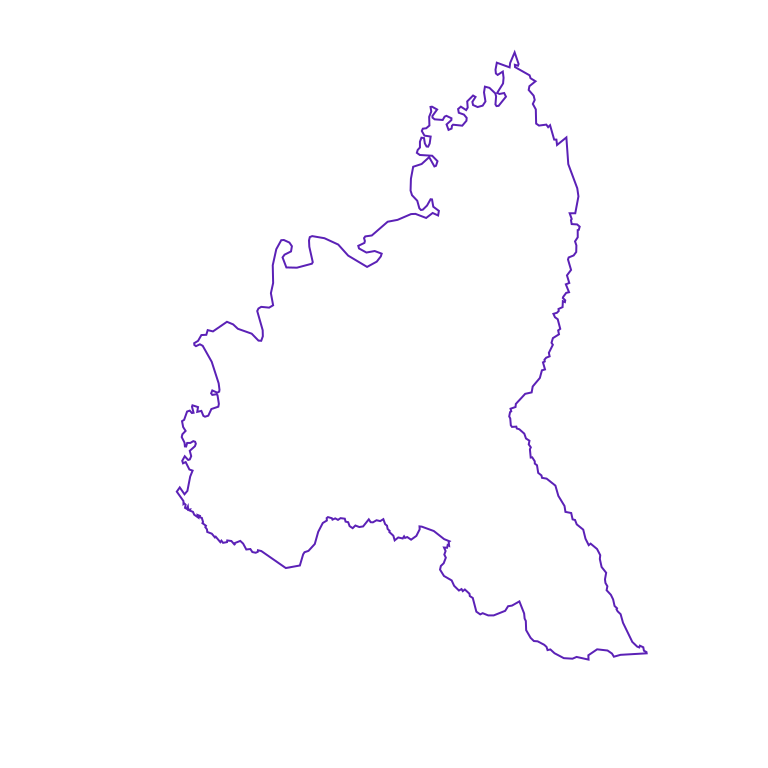 the district of Chonnabot, Khon Kaen, Thailand, rotated 351°
{"feature_id": "78962969B78938265467215", "entity_name": "Chonnabot", "entity_type": "district", "adm_level": 2, "iso_a3": "THA", "parent_name": "Thailand", "parent_adm1": "Khon Kaen", "projection": "equal_earth", "projection_center": [102.548, 16.027], "detail": "fine", "context": "isolated", "style": "outline", "palette": "violet", "viewbox_px": 768, "rotation_deg": 351, "n_neighbors": 0, "source": "geoboundaries", "source_scale": "gbopen_adm2", "svg_char_len": 6154}
<svg xmlns="http://www.w3.org/2000/svg" viewBox="0 0 768 768"><g transform="rotate(351 384 384)"><path d="M576.1,101.9L563.0,91.5L563.2,89.2L566.1,90.6L567.0,89.0L564.9,76.9L558.8,86.7L557.6,90.9L545.7,84.3L543.3,91.0L543.1,94.8L544.6,96.5L550.2,94.0L550.0,100.3L548.6,105.8L541.3,114.2L543.4,115.6L548.2,115.4L549.4,119.3L540.7,127.2L538.6,127.1L537.8,125.3L539.7,117.5L539.4,114.4L534.5,108.0L530.2,106.1L528.4,111.6L528.4,120.8L525.0,124.5L519.8,125.1L515.6,122.4L515.4,119.2L519.3,114.8L517.1,113.0L510.4,117.9L509.9,124.1L508.0,126.3L503.3,122.1L500.2,124.0L500.3,127.8L505.1,130.4L507.3,134.1L506.6,136.9L501.7,141.1L492.8,138.7L491.5,139.6L490.7,142.3L487.5,143.1L486.4,137.4L491.8,133.9L492.2,132.1L487.6,128.9L485.7,129.4L483.3,132.4L475.4,130.5L473.6,128.5L473.7,126.9L479.4,121.2L474.8,117.6L473.3,117.6L473.3,122.3L470.4,127.2L469.3,135.8L465.7,138.0L462.3,137.9L460.9,140.0L462.8,145.0L468.8,146.9L466.7,153.7L464.7,156.5L463.2,156.1L462.0,152.8L462.0,147.4L459.5,146.6L457.4,150.3L456.5,156.0L453.9,158.1L452.6,160.8L455.2,163.4L467.3,166.1L471.7,172.3L469.5,176.6L467.8,177.0L464.1,167.0L455.6,172.6L446.8,174.0L442.7,185.5L440.5,197.1L441.2,201.9L445.5,208.2L446.4,216.0L447.7,217.9L449.6,217.9L454.4,214.5L458.9,208.8L460.3,209.2L460.4,216.6L465.3,221.6L463.8,226.0L458.8,222.7L451.6,226.6L441.7,220.9L437.3,220.4L423.1,224.0L413.0,224.3L395.2,235.4L388.6,235.3L387.1,236.8L387.5,239.8L386.7,241.6L380.2,243.5L380.5,246.2L387.2,251.4L395.6,251.2L402.1,254.9L400.8,257.5L396.0,262.0L385.6,265.7L368.7,251.6L360.6,239.1L348.0,230.7L336.2,226.7L333.7,227.3L332.4,230.4L331.7,236.8L332.7,252.5L331.6,253.9L316.2,255.5L305.8,253.6L303.6,243.1L306.0,240.7L312.9,238.5L314.6,233.5L312.7,229.5L307.6,226.1L305.0,225.9L298.7,234.0L292.7,249.3L290.3,266.9L286.5,276.6L286.8,288.9L282.5,290.6L274.8,288.6L271.8,289.8L270.2,292.1L272.6,311.9L271.8,317.9L269.5,322.1L266.8,321.5L261.2,313.6L248.3,306.6L244.3,301.5L238.6,298.0L223.3,305.3L218.3,303.2L216.2,307.6L211.3,307.1L207.1,312.3L202.9,314.0L202.8,315.8L204.2,317.2L208.4,316.0L210.9,317.9L217.3,335.1L220.8,357.5L220.6,364.0L220.0,365.8L218.0,366.5L213.4,363.5L211.8,366.2L212.7,367.9L216.9,367.9L217.8,369.0L217.8,377.8L216.8,380.5L209.6,381.7L205.5,387.8L202.1,388.3L200.6,387.2L199.4,382.0L195.2,382.3L196.7,377.7L191.5,375.1L190.8,376.4L191.4,382.6L189.7,382.6L188.0,379.9L185.2,380.4L181.0,388.1L178.7,389.1L178.9,395.1L180.7,399.3L177.0,402.1L175.9,404.8L177.8,410.7L177.6,414.5L178.8,414.8L180.4,411.4L183.5,411.9L186.7,410.6L188.4,411.5L188.8,413.6L187.5,415.9L181.7,419.6L182.3,425.1L180.4,428.1L178.7,428.4L175.9,424.2L172.7,428.3L173.1,430.9L175.9,430.1L178.4,438.0L181.4,439.6L178.1,445.1L173.1,458.8L169.7,461.7L166.1,454.2L162.5,457.9L167.6,468.2L167.2,471.1L168.0,470.6L169.2,472.2L168.1,475.2L169.6,476.4L171.1,474.3L170.9,477.7L172.9,477.6L172.3,478.6L175.3,480.4L176.1,483.4L179.5,486.7L179.4,484.2L181.6,485.5L181.1,486.8L183.1,487.7L183.7,492.0L182.9,493.0L186.0,496.2L185.1,497.4L186.4,499.9L186.3,502.5L190.5,504.9L193.0,509.1L193.9,508.5L197.6,514.6L198.9,513.3L200.2,515.7L204.2,515.6L204.7,514.0L208.7,515.2L211.6,519.8L211.2,517.9L217.5,516.5L219.9,519.6L222.1,525.9L226.2,526.1L227.7,529.4L230.9,530.6L233.1,530.0L233.5,528.5L236.7,529.8L258.2,550.4L272.5,550.1L277.5,539.6L279.2,537.7L283.3,537.0L290.6,531.2L295.9,519.7L301.8,511.7L306.2,509.9L306.4,507.5L307.8,506.7L311.5,508.4L311.9,509.9L314.8,509.1L317.3,511.0L320.1,509.7L324.2,510.9L324.5,513.9L327.0,514.9L327.8,519.0L330.5,521.5L333.6,519.3L337.2,521.4L341.1,521.4L347.8,515.3L349.2,518.4L351.4,518.9L355.3,517.4L358.8,518.8L362.2,517.4L363.2,522.6L364.8,524.4L364.9,527.7L366.6,530.0L366.1,531.0L369.5,535.3L370.1,540.1L374.1,537.8L378.3,539.5L380.0,537.6L380.7,539.3L383.0,538.8L386.4,542.0L392.2,539.1L396.5,533.1L396.8,530.2L399.0,530.8L410.2,537.0L419.1,546.6L424.1,549.6L423.2,550.1L423.0,554.0L421.7,553.0L420.7,555.6L417.7,554.9L418.7,558.6L416.9,561.9L417.9,565.2L414.9,570.4L411.7,572.6L410.3,576.1L413.2,583.0L420.1,588.6L421.7,594.3L425.7,599.7L428.5,598.7L429.4,600.9L431.7,599.6L435.6,604.5L435.6,606.9L438.2,609.2L439.6,623.3L443.0,626.6L445.6,625.8L450.8,628.9L456.2,629.7L468.2,627.0L471.8,622.9L475.7,622.9L483.7,619.9L486.5,632.5L486.2,637.7L487.0,640.2L485.9,649.4L489.1,657.7L491.8,661.3L495.5,662.2L501.5,666.7L503.4,669.1L503.9,672.4L506.8,672.2L510.3,676.6L518.7,682.9L527.2,684.8L531.5,683.7L542.9,688.2L543.4,683.9L553.0,679.4L563.1,682.2L567.0,685.9L568.4,689.3L575.3,688.5L601.3,691.1L601.3,689.8L599.0,688.1L598.9,684.6L595.8,682.5L594.9,684.1L593.0,683.0L588.9,677.6L582.7,657.2L581.7,648.4L579.2,645.1L578.4,642.9L579.1,642.0L577.0,639.3L576.6,632.6L575.1,627.7L571.6,622.5L573.0,618.7L571.6,615.2L571.7,611.5L573.9,605.2L570.3,598.8L569.8,590.6L570.8,586.9L568.6,580.3L563.1,574.0L561.0,575.2L558.8,568.3L558.0,559.0L552.4,552.8L551.4,548.2L549.1,547.2L548.7,540.7L543.2,538.7L543.2,532.7L538.7,521.8L537.4,511.2L529.8,502.9L525.4,501.4L525.2,498.9L522.4,495.9L522.4,488.2L520.5,486.2L520.8,483.9L518.9,479.6L517.4,479.6L517.9,471.3L519.1,469.5L517.5,466.3L518.8,462.8L515.7,460.0L514.8,455.0L510.6,449.9L508.2,448.7L508.0,446.8L503.7,446.4L502.8,444.6L503.3,437.8L502.6,435.6L504.1,431.5L505.4,430.9L505.1,428.2L510.3,427.3L511.1,424.3L521.9,415.8L528.5,415.4L530.5,409.7L538.9,402.4L542.1,395.2L545.3,394.8L544.4,387.5L546.3,386.9L546.3,385.1L548.3,383.4L551.9,382.6L551.7,379.0L556.9,371.7L555.9,369.5L558.0,365.1L564.6,362.3L564.4,358.3L566.7,357.1L565.7,347.2L563.3,344.8L562.3,341.2L566.0,340.7L568.0,339.2L568.1,337.2L572.4,336.0L573.6,330.2L575.5,331.4L576.1,329.7L574.1,327.0L574.7,325.9L578.2,322.5L581.1,322.3L579.2,314.0L582.8,313.2L581.7,305.3L586.6,300.6L585.2,289.8L586.2,287.9L591.4,286.7L594.5,283.7L595.7,277.2L595.0,273.0L598.3,269.4L599.4,262.3L600.5,262.2L601.9,259.2L599.7,256.6L594.4,255.4L594.3,251.4L595.2,250.4L594.1,244.4L599.6,245.3L605.4,229.1L605.5,220.9L600.4,195.7L602.7,169.0L592.3,175.0L592.5,169.6L590.3,169.2L588.5,154.4L586.3,156.0L584.9,153.2L577.5,153.0L575.0,150.6L576.9,136.5L574.8,130.7L577.3,127.0L576.9,122.6L572.9,116.2L574.2,112.6L581.0,108.7L576.6,105.0L576.1,101.9Z" fill="none" stroke="#5b21b6" stroke-width="2"/></g></svg>